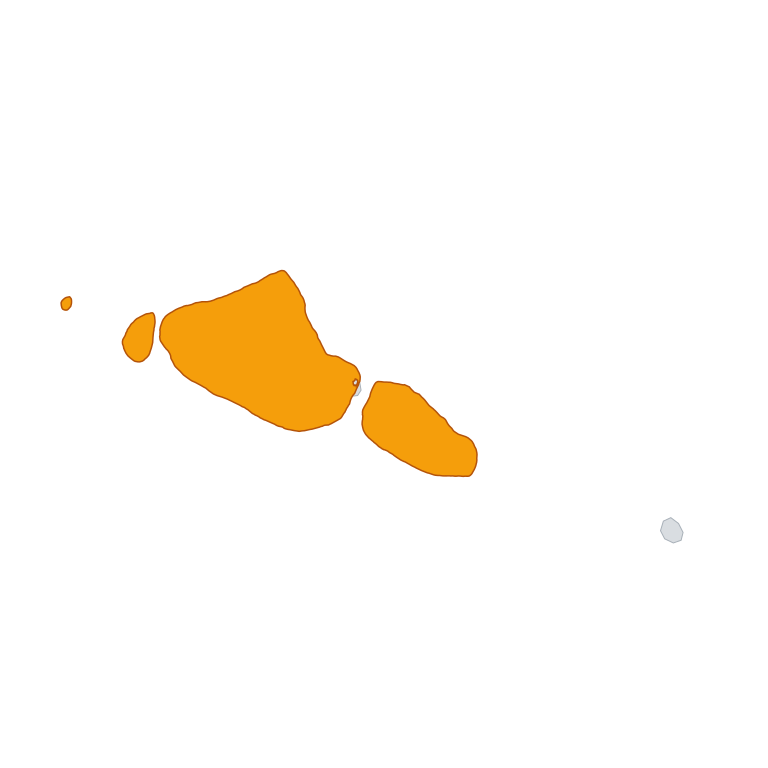 Male', Maldives (highlighted), rotated 289°
{"feature_id": "70690204B31972615950169", "entity_name": "Male'", "entity_type": "district", "adm_level": 2, "iso_a3": "MDV", "parent_name": "Maldives", "parent_adm1": "", "projection": "orthographic", "projection_center": [73.47, 4.391], "detail": "fine", "context": "in_parent", "style": "filled", "palette": "amber", "viewbox_px": 768, "rotation_deg": 289, "n_neighbors": 0, "source": "geoboundaries", "source_scale": "gbopen_adm2", "svg_char_len": 6455}
<svg xmlns="http://www.w3.org/2000/svg" viewBox="0 0 768 768"><g transform="rotate(289 384 384)"><path d="M377.3,360.7L370.7,364.3L364.5,362.8L362.4,358.4L365.5,351.7L370.6,343.3L374.2,334.1L379.4,329.1L383.4,330.8L382.9,336.0L381.0,343.0L379.9,352.2L377.3,360.7ZM341.0,715.1L333.0,715.8L327.9,709.3L329.0,699.8L335.3,693.2L345.3,692.8L351.0,698.7L348.0,707.9L341.0,715.1Z" fill="#d9dde1" stroke="#a8b0b8" stroke-width="1"/><path d="M457.5,255.3L458.4,253.1L458.4,252.2L458.0,250.4L457.5,249.5L456.4,248.1L455.3,246.9L454.4,246.2L453.0,244.6L451.1,241.5L450.1,240.3L448.9,239.3L446.9,237.7L445.3,236.2L443.9,235.2L441.4,233.1L440.0,232.2L438.8,231.0L437.5,229.6L435.8,226.8L432.5,223.3L429.8,220.1L427.8,218.8L426.1,217.3L424.4,215.4L422.7,212.9L419.6,209.9L418.0,208.0L416.4,206.5L415.4,205.0L414.2,203.5L413.3,202.6L412.2,201.0L411.5,199.8L410.3,198.2L407.9,195.7L405.8,192.9L404.9,191.3L404.2,190.0L403.7,188.6L402.8,185.9L402.4,184.9L400.5,181.7L399.6,179.7L398.0,177.8L396.7,176.5L395.8,175.2L394.8,173.7L394.1,172.5L393.8,171.5L392.4,169.4L391.3,168.4L388.7,165.2L386.5,162.9L382.8,159.9L381.9,159.0L379.6,157.2L378.1,156.2L376.5,155.3L375.2,155.0L373.3,154.3L370.6,154.0L365.5,154.0L362.1,154.5L360.8,155.2L359.6,155.5L357.3,156.3L355.9,156.4L352.8,158.0L351.7,159.0L349.4,162.0L347.6,164.4L347.0,165.5L346.2,166.6L345.8,167.6L345.1,169.0L343.5,171.0L342.4,172.1L341.3,173.0L338.9,174.2L338.1,175.0L336.6,176.7L334.5,178.8L333.1,180.2L332.3,181.5L330.3,185.7L329.8,186.9L328.1,190.0L327.3,191.4L326.5,193.9L324.9,199.2L324.4,201.3L324.1,205.0L323.2,210.6L322.3,215.2L322.1,216.8L320.6,220.6L319.1,225.8L319.0,226.5L318.7,230.0L318.9,235.2L318.7,241.0L318.4,243.1L318.2,245.3L317.8,248.1L317.1,254.0L316.7,256.2L316.4,257.3L316.4,259.6L315.7,261.9L315.4,263.6L313.3,269.1L313.1,270.9L312.7,272.3L312.6,274.4L312.2,276.5L311.7,277.9L311.5,280.0L311.1,282.3L311.2,283.9L310.5,291.8L310.4,293.6L309.9,295.7L309.8,297.1L309.8,298.3L310.1,300.4L310.2,302.3L309.6,304.1L309.6,305.7L309.8,308.0L310.2,310.1L310.7,314.3L311.2,316.8L311.6,319.2L313.0,321.8L314.0,324.1L316.9,328.8L317.9,330.7L322.2,337.0L323.1,338.0L324.1,339.6L325.0,340.4L325.8,341.5L327.2,344.9L328.1,345.7L329.3,347.0L334.2,351.4L337.3,354.1L338.9,354.7L343.1,355.6L345.1,356.3L345.6,356.2L347.2,356.5L348.5,356.5L349.8,356.9L351.1,357.2L352.0,357.3L353.9,357.9L357.2,357.6L359.3,357.6L361.4,357.9L362.9,358.2L365.7,359.3L370.5,359.6L375.0,360.1L376.5,359.9L378.4,360.3L380.5,359.9L383.0,359.2L384.6,358.3L386.6,356.6L388.3,354.7L389.6,353.4L390.7,351.9L391.7,349.7L392.4,345.6L392.5,343.5L392.7,341.2L393.2,338.6L394.4,333.7L394.7,331.8L394.6,329.2L393.9,327.2L393.5,324.8L393.5,323.4L393.3,321.4L393.7,319.7L395.1,317.9L398.1,314.9L400.8,312.1L402.6,310.4L404.0,309.0L405.0,307.6L406.3,306.2L408.7,304.9L410.4,303.2L411.7,301.4L413.0,299.0L414.1,297.5L415.4,296.4L418.1,293.7L419.8,291.5L421.4,290.0L422.9,288.7L424.0,287.9L425.1,287.0L426.4,286.1L429.3,284.8L430.8,284.3L432.8,283.8L434.1,283.1L435.4,282.1L437.0,281.1L438.2,280.1L439.4,278.9L441.4,276.0L442.8,274.9L443.9,273.9L446.3,271.4L447.3,269.8L448.4,268.3L450.7,265.7L452.3,262.9L453.1,261.6L455.6,258.2L456.3,257.0L457.5,255.3ZM377.1,358.5L374.3,358.5L373.4,358.3L373.6,358.2L373.8,357.9L373.6,357.1L373.5,357.3L373.2,357.3L373.0,356.9L372.8,356.3L373.5,355.3L374.5,354.7L376.3,353.9L377.2,354.9L377.8,355.1L378.3,355.3L379.0,355.1L379.3,355.1L379.5,355.5L379.5,355.8L379.1,357.3L378.9,357.8L378.1,358.3L377.1,358.5ZM389.8,405.8L389.9,404.8L390.0,403.6L389.5,402.7L389.3,401.8L388.9,399.2L388.9,398.2L388.6,396.6L388.1,394.3L387.9,393.4L388.0,392.9L387.8,392.3L387.9,391.5L387.7,389.4L387.1,387.6L386.9,386.7L385.8,383.2L385.3,380.7L384.5,377.9L384.1,377.1L382.9,376.0L381.7,375.5L380.1,375.1L378.0,374.8L375.5,374.5L373.4,374.4L371.0,374.3L367.3,374.7L360.4,373.8L359.0,373.4L355.9,372.8L353.0,372.4L351.6,372.5L350.3,372.8L348.5,373.5L348.1,373.5L346.9,374.4L345.7,374.7L343.5,375.3L342.1,375.5L340.8,375.8L338.8,376.4L336.0,378.0L333.6,379.6L331.6,381.7L330.6,382.9L330.0,383.8L329.4,384.9L328.1,387.2L327.7,388.4L326.8,390.6L326.0,392.8L325.5,393.6L325.0,395.3L324.4,396.8L323.2,399.3L322.4,402.4L322.0,403.6L322.0,404.7L321.8,405.2L322.0,406.1L321.8,409.2L321.0,411.5L320.4,415.1L319.7,416.8L318.8,419.9L317.6,424.6L317.2,428.1L317.2,429.5L316.7,431.9L316.4,433.8L315.7,437.2L315.3,440.8L315.1,441.5L314.4,447.6L314.1,453.9L314.3,455.3L314.3,456.1L314.3,460.8L314.5,462.4L315.1,464.9L315.6,466.3L316.2,469.2L316.7,470.9L318.5,475.9L318.7,476.9L319.4,478.7L319.7,480.0L319.9,480.9L320.3,482.2L321.4,484.6L321.8,486.2L322.2,488.0L322.5,489.1L323.2,490.6L324.1,493.4L324.8,494.6L325.6,495.2L326.8,495.9L327.9,496.3L329.6,496.6L332.8,497.2L335.8,497.4L337.6,497.3L338.2,497.2L339.9,497.1L342.2,496.6L343.9,495.9L346.2,495.3L347.6,494.9L349.3,494.1L351.8,492.6L352.8,491.8L354.4,490.0L356.4,488.3L358.2,486.2L358.9,485.0L360.4,481.2L360.8,478.4L360.7,470.7L361.2,468.8L362.0,465.7L362.4,464.9L362.7,464.4L364.1,462.6L365.7,459.3L366.3,458.4L367.0,457.4L368.2,456.0L369.0,455.2L370.3,453.7L370.6,453.1L371.3,451.3L371.7,448.7L372.0,447.6L373.0,445.6L374.1,443.7L375.5,441.0L375.9,439.9L376.5,438.8L378.2,433.9L378.7,433.0L382.1,427.8L383.1,425.9L384.1,423.5L384.7,422.6L385.1,421.7L385.7,420.9L386.0,416.0L386.2,414.8L386.7,414.0L387.1,413.1L388.4,410.6L389.5,408.9L389.8,405.8ZM375.8,141.6L375.3,140.4L374.6,139.7L374.4,139.3L372.9,136.4L371.8,135.2L369.6,133.1L368.3,131.8L366.8,130.5L365.5,129.2L364.1,128.3L362.7,127.6L361.0,127.0L359.2,125.9L357.9,125.3L355.5,124.8L351.8,123.7L350.1,123.8L348.3,123.4L346.0,123.5L344.6,123.3L341.1,122.6L339.2,122.8L338.0,123.2L336.8,123.7L335.0,125.2L333.8,125.9L332.7,126.5L332.2,127.2L331.4,127.7L330.1,129.1L329.5,129.6L328.8,130.5L327.3,132.6L326.4,134.7L325.7,136.5L325.0,138.6L324.6,139.8L324.4,141.2L324.8,144.0L325.3,145.6L325.7,146.3L327.0,148.1L327.5,148.5L328.4,149.2L329.8,149.8L331.7,151.0L334.4,152.1L336.8,152.4L338.2,152.3L342.1,152.3L343.4,152.2L347.8,151.8L352.8,150.4L357.8,149.2L360.1,148.9L361.7,148.4L363.6,148.3L365.3,147.9L367.1,147.6L368.4,147.2L370.1,146.5L371.3,145.9L372.5,145.4L374.0,144.5L374.7,143.8L375.4,143.1L375.9,142.2L375.8,141.6ZM364.1,58.4L363.5,57.2L362.3,55.3L361.1,54.2L359.6,53.3L358.0,52.5L356.1,52.2L355.0,52.5L353.1,53.4L351.2,54.6L350.2,55.8L350.0,57.6L350.3,59.3L351.1,60.6L352.2,61.2L354.1,62.0L355.3,62.5L357.3,62.4L358.7,62.2L360.3,61.7L361.8,61.1L362.9,60.3L364.1,58.4Z" fill="#f59e0b" stroke="#b45309" stroke-width="1.5"/></g></svg>